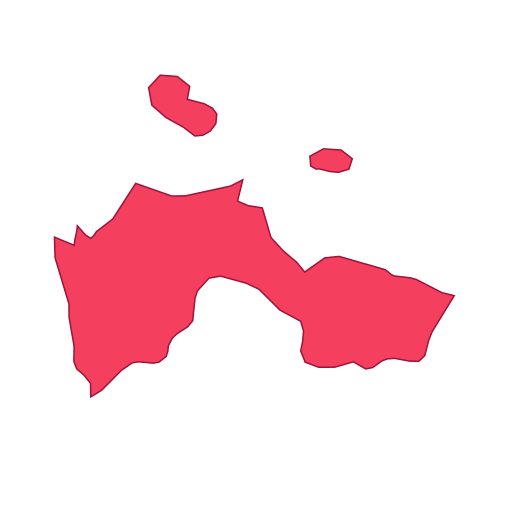 SVG path tracing the border of Nueva Esparta, rotated 189°
{"feature_id": "VEN-48", "entity_name": "Nueva Esparta", "entity_type": "State", "adm_level": 1, "iso_a3": "VEN", "parent_name": "Venezuela", "parent_adm1": "", "projection": "robinson", "projection_center": [-64.068, 10.956], "detail": "fine", "context": "isolated", "style": "filled", "palette": "rose", "viewbox_px": 512, "rotation_deg": 189, "n_neighbors": 0, "source": "natural_earth", "source_scale": "10m", "svg_char_len": 1446}
<svg xmlns="http://www.w3.org/2000/svg" viewBox="0 0 512 512"><g transform="rotate(189 256 256)"><path d="M419.4,123.4L421.6,138.6L431.0,166.1L433.2,179.3L454.2,222.9L458.0,243.1L437.2,238.1L437.5,243.0L436.9,253.1L437.2,257.9L427.7,250.1L422.0,247.6L419.5,250.6L417.4,255.2L403.3,270.1L386.2,308.9L348.7,302.0L335.1,304.4L292.1,321.1L281.0,329.2L282.8,307.3L271.6,304.5L257.3,304.5L244.1,276.6L230.2,265.5L215.0,256.3L205.4,247.8L187.8,264.9L173.9,268.6L126.3,262.7L123.0,261.0L120.3,259.2L116.6,257.9L99.9,258.6L94.0,257.9L66.7,248.9L54.0,247.8L70.1,209.0L72.2,199.8L73.7,184.1L78.8,177.4L88.2,176.2L102.9,176.6L110.0,175.0L115.1,172.2L123.3,164.1L130.0,161.6L143.3,166.7L160.8,158.5L176.7,155.9L190.8,158.8L197.0,169.2L196.6,178.5L197.3,189.4L201.7,198.5L223.9,206.3L247.8,223.6L261.4,227.6L287.9,230.6L299.0,226.7L308.4,212.4L309.6,204.7L308.4,182.1L312.4,175.4L321.8,166.9L325.8,161.8L328.5,153.7L328.2,148.0L329.0,142.8L335.1,136.1L340.6,134.1L355.6,133.1L361.7,131.0L371.2,121.8L387.4,99.3L397.2,91.0L399.5,104.3L407.3,111.4L415.5,116.5L419.4,123.4ZM335.1,365.0L348.0,371.9L366.5,378.6L382.5,388.7L388.4,405.5L378.9,419.6L361.8,421.0L348.0,413.2L348.4,400.0L331.0,398.3L322.1,395.2L316.9,389.9L316.4,380.4L320.6,372.4L327.5,366.9L335.1,365.0ZM210.1,351.2L216.0,353.4L218.4,363.0L206.1,372.4L188.5,374.0L176.1,367.1L177.8,356.3L187.5,351.6L196.0,351.0L207.8,352.0L210.1,351.2Z" fill="#f43f5e" stroke="#9f1239" stroke-width="1.5"/></g></svg>